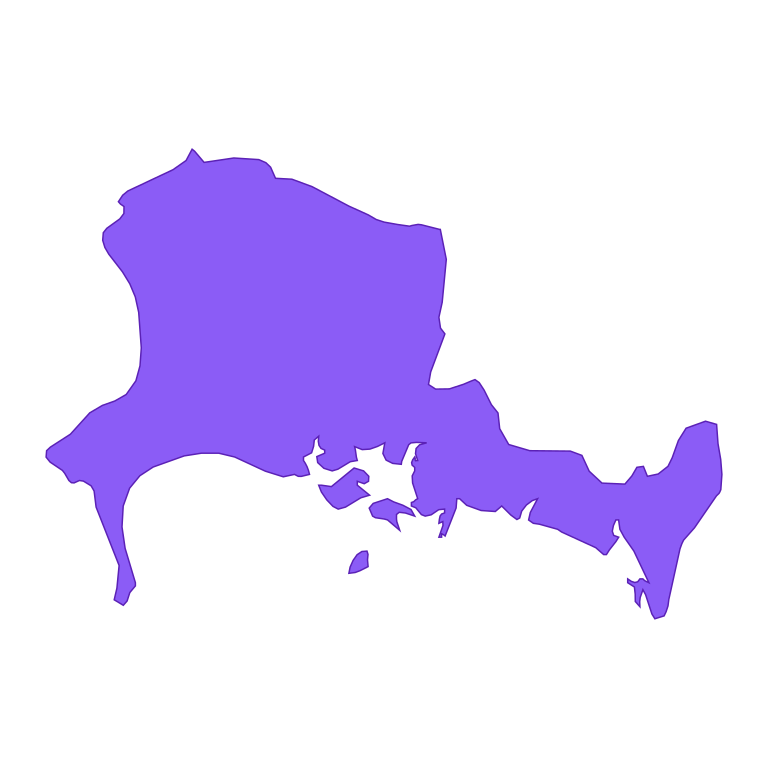 Chiriquí, Natural Earth projection
{"feature_id": "PAN-1332", "entity_name": "Chiriquí", "entity_type": "Province", "adm_level": 1, "iso_a3": "PAN", "parent_name": "Panama", "parent_adm1": "", "projection": "natural_earth1", "projection_center": [-82.256, 8.459], "detail": "fine", "context": "isolated", "style": "filled", "palette": "violet", "viewbox_px": 768, "rotation_deg": 0, "n_neighbors": 0, "source": "natural_earth", "source_scale": "10m", "svg_char_len": 3910}
<svg xmlns="http://www.w3.org/2000/svg" viewBox="0 0 768 768"><path d="M74.1,482.9L71.4,482.7L68.9,480.5L64.7,473.3L62.4,470.4L50.1,462.1L46.1,457.1L46.6,450.7L50.4,447.1L70.4,434.2L89.8,412.8L102.4,405.4L114.8,401.0L126.2,394.5L135.9,380.8L140.0,365.8L141.3,347.9L138.7,312.4L135.3,296.9L129.8,283.8L122.5,271.9L108.8,254.2L104.9,247.5L102.7,240.3L103.3,232.7L106.8,228.3L119.8,218.9L123.9,213.5L124.0,206.5L120.5,204.1L118.4,201.7L122.7,195.2L127.8,191.0L173.0,169.7L186.1,160.5L192.1,149.2L194.6,151.2L204.1,162.4L233.8,158.0L258.8,159.6L265.9,162.7L270.6,167.2L275.5,178.3L291.9,179.2L312.2,186.7L348.5,205.9L349.3,206.3L368.3,214.9L376.2,219.5L384.1,222.1L397.6,224.5L409.6,226.2L411.9,225.5L418.1,224.4L421.5,224.8L439.6,229.4L440.3,229.4L446.3,259.4L442.2,302.3L438.9,317.3L440.5,328.1L444.9,333.9L430.7,371.9L428.5,384.5L435.6,389.1L449.3,388.9L463.5,384.3L470.8,381.2L475.0,379.6L479.2,382.6L484.1,390.1L491.4,404.7L498.0,413.0L499.7,428.7L508.7,444.5L529.8,450.7L570.3,451.1L581.9,455.4L589.2,471.2L602.0,483.1L624.9,484.1L631.9,475.9L636.9,467.3L643.4,466.4L647.4,476.3L658.2,474.0L668.0,466.3L672.2,457.8L678.4,440.5L686.1,428.2L705.5,421.2L716.6,424.4L718.0,443.6L720.7,459.4L721.9,474.4L720.8,489.7L719.7,492.2L719.0,493.4L716.5,495.8L694.5,527.8L683.6,540.1L681.9,543.6L680.0,548.8L668.8,599.6L668.0,605.9L666.1,611.7L664.1,615.9L655.4,618.6L654.9,618.8L651.9,614.0L645.6,594.7L642.9,589.7L640.2,597.5L639.7,601.7L639.9,606.7L635.3,601.5L635.2,594.1L634.4,587.0L627.7,582.7L627.7,578.9L631.4,581.4L634.8,582.5L637.7,581.8L639.9,578.9L642.9,578.9L644.4,580.4L645.3,581.0L648.9,582.7L633.9,551.1L624.2,537.2L619.9,529.3L618.6,519.9L615.9,519.9L613.4,525.6L612.3,531.2L613.7,535.4L618.7,537.2L615.9,541.6L609.4,549.9L606.4,554.6L603.7,554.6L595.8,547.7L561.6,532.0L557.7,529.3L539.4,524.2L533.3,523.3L528.6,520.0L530.3,512.5L537.6,498.7L532.3,500.6L526.4,505.0L521.7,511.1L519.7,518.0L516.9,519.5L510.9,515.1L501.7,506.0L495.3,511.5L481.1,510.5L466.7,505.3L459.6,498.7L456.8,498.7L456.1,508.0L445.1,536.0L444.1,535.1L442.2,534.0L441.6,533.8L441.6,537.2L438.9,537.2L443.0,525.4L442.8,521.6L438.9,523.3L439.4,519.2L440.1,516.0L441.6,514.0L444.6,512.9L444.6,509.1L438.7,509.7L431.2,514.8L425.2,516.1L421.4,514.6L415.8,507.8L411.4,506.0L411.4,502.5L413.7,501.7L415.7,499.8L417.7,498.7L412.6,483.0L412.2,475.9L414.7,470.9L414.7,467.4L412.1,465.1L411.6,462.6L412.7,459.8L414.7,457.0L415.2,458.4L415.1,459.8L415.5,460.7L417.7,460.5L415.5,453.7L416.1,448.5L419.6,444.8L426.7,442.8L416.4,442.4L411.0,442.9L408.7,444.7L401.7,461.4L401.3,464.3L392.7,463.4L386.1,460.1L382.9,453.5L384.8,442.8L377.6,446.4L369.9,449.1L362.2,449.6L354.6,446.6L355.4,450.0L356.4,457.2L357.3,460.5L350.3,461.7L337.9,469.2L332.2,470.9L323.9,468.3L317.7,462.6L316.8,456.6L324.7,453.2L324.7,450.1L321.0,448.4L319.0,445.4L318.3,441.3L318.7,436.2L314.3,440.0L313.6,446.3L311.6,452.8L303.5,457.0L303.5,460.5L305.3,463.3L307.1,466.8L308.5,470.6L309.5,474.4L301.2,476.4L298.2,476.3L294.5,474.4L283.3,476.8L265.4,471.2L234.7,457.0L218.8,453.2L201.4,453.2L184.2,455.9L153.2,467.0L139.9,475.7L129.6,488.2L123.2,506.0L122.0,526.9L125.1,548.3L135.4,582.7L135.4,585.9L129.8,592.6L127.1,601.0L123.3,605.3L114.2,599.8L116.9,588.2L119.1,565.5L96.1,507.1L94.1,491.0L91.1,485.8L83.4,481.1L79.4,480.5L74.1,482.9ZM357.3,485.2L369.6,495.2L360.8,497.8L345.5,507.1L338.2,509.1L333.0,506.4L326.8,499.9L321.4,492.0L318.7,485.2L321.4,485.2L331.4,486.6L354.1,468.0L363.6,470.9L368.8,476.3L368.5,481.3L364.2,483.7L357.3,481.3L357.3,485.2ZM414.7,516.1L405.4,513.0L399.2,512.3L396.5,514.5L396.5,519.1L396.8,521.6L399.7,530.3L387.5,519.9L384.2,519.0L375.4,517.7L372.6,516.1L369.2,508.1L373.2,503.4L387.5,498.7L393.7,501.9L402.8,505.2L411.0,509.5L414.7,516.1ZM348.9,573.3L350.1,567.1L353.1,560.4L357.1,554.7L361.9,551.5L367.0,551.1L368.0,554.4L367.5,559.9L368.1,566.6L360.0,570.7L355.2,572.5L348.9,573.3Z" fill="#8b5cf6" stroke="#5b21b6" stroke-width="1.5"/></svg>